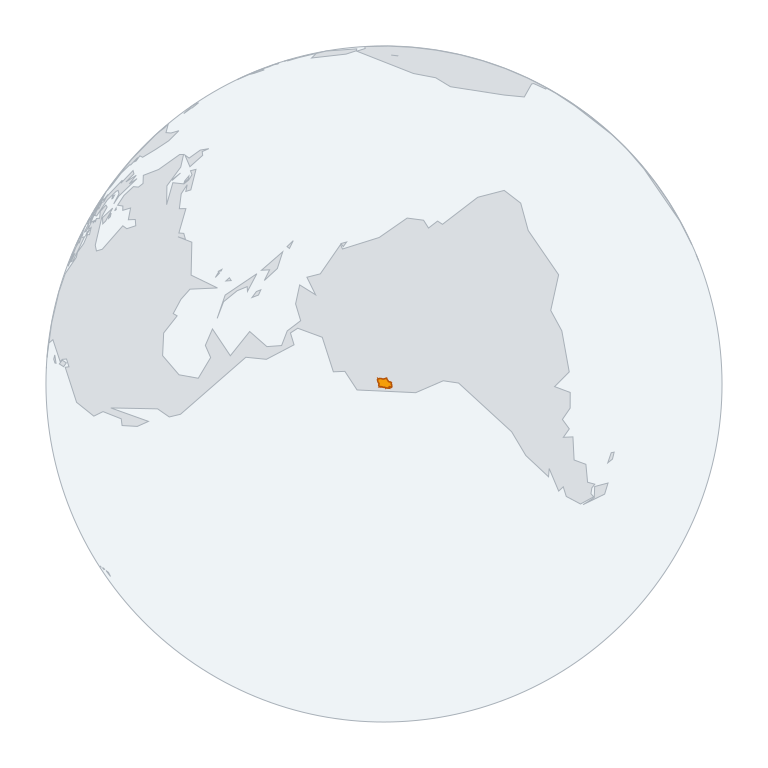 the Earth from above Áncash, rotated 304°
{"feature_id": "PER-577", "entity_name": "Áncash", "entity_type": "Department", "adm_level": 1, "iso_a3": "PER", "parent_name": "Peru", "parent_adm1": "", "projection": "orthographic", "projection_center": [-77.843, -9.38], "detail": "fine", "context": "on_globe", "style": "filled", "palette": "amber", "viewbox_px": 768, "rotation_deg": 304, "n_neighbors": 0, "source": "natural_earth", "source_scale": "10m", "svg_char_len": 8519}
<svg xmlns="http://www.w3.org/2000/svg" viewBox="0 0 768 768"><g transform="rotate(304 384 384)"><circle cx="384" cy="384" r="338" fill="#eef3f6" stroke="#a8b0b8"/><path d="M279.4,62.7L280.1,62.6L297.1,58.0L317.0,58.1L321.9,56.2L332.5,56.5L342.1,54.7L343.1,56.3L349.9,53.7L347.2,52.8L349.3,51.6L354.8,50.8L356.9,52.2L354.5,52.8L358.0,52.9L356.7,54.1L360.4,53.1L362.4,55.6L368.5,52.2L376.8,53.4L375.9,55.5L365.5,56.4L337.6,67.0L333.5,71.2L338.2,75.1L369.1,79.0L368.9,83.9L376.4,89.7L381.3,85.8L377.2,80.2L388.2,75.5L381.9,70.3L385.5,68.0L383.3,63.2L394.9,63.0L407.5,65.9L409.9,70.3L415.5,72.1L422.4,67.8L435.8,77.2L460.0,86.3L462.2,89.5L450.1,94.2L426.9,93.2L411.1,103.5L432.8,96.4L438.0,106.2L443.7,108.0L450.1,107.8L452.6,104.3L456.8,108.1L436.9,115.3L432.8,112.0L439.2,109.4L428.3,109.5L414.9,116.3L418.6,121.7L394.5,129.5L396.9,133.8L392.9,138.5L390.8,130.8L394.1,145.4L366.4,163.2L370.5,192.2L354.1,170.1L340.6,168.3L324.5,169.9L324.8,174.4L303.1,172.8L283.7,184.6L277.0,208.9L284.9,226.8L309.0,225.5L316.1,214.3L333.7,211.0L321.5,240.8L352.4,243.3L349.5,266.0L358.6,277.6L373.9,274.1L389.9,279.5L401.0,265.9L419.0,258.7L419.7,277.4L429.4,260.4L439.7,269.6L475.3,270.0L472.7,274.1L502.8,298.1L534.5,310.4L541.9,325.2L538.2,333.7L549.0,337.3L549.1,343.2L591.2,357.3L611.7,375.4L610.4,396.2L591.9,417.7L572.2,467.7L538.2,481.1L527.5,501.7L497.6,530.8L477.2,526.9L481.1,543.1L468.1,551.8L454.4,551.7L450.4,562.7L440.1,562.5L445.8,570.2L427.3,584.1L430.3,596.3L416.4,607.7L418.8,614.8L414.1,614.4L408.8,616.9L407.7,620.9L394.4,614.0L392.7,598.0L399.0,590.1L392.9,588.7L406.3,568.2L399.1,572.3L404.0,541.6L415.8,516.5L426.5,445.3L419.8,431.3L394.5,415.1L364.0,365.0L372.6,344.5L365.8,335.2L388.2,306.7L382.0,281.3L374.0,277.9L366.2,287.5L338.7,272.7L328.9,254.5L245.1,232.2L236.6,224.4L236.8,210.2L211.4,170.9L221.3,209.6L210.9,203.2L203.1,190.1L208.2,185.6L204.0,166.5L195.1,161.4L196.9,139.4L219.6,110.4L222.1,113.2L227.2,106.8L224.5,103.5L221.5,103.0L235.6,84.7L230.2,83.2L217.6,89.9L219.6,88.7L248.9,74.3L279.4,62.7ZM71.5,264.9L73.9,257.8L73.7,261.0L71.5,264.9ZM74.6,254.4L73.9,256.6L74.3,255.0L74.6,254.4ZM74.4,253.9L74.5,254.3L74.0,254.6L74.4,253.9ZM73.7,254.2L74.2,253.7L74.0,254.1L73.7,254.2ZM368.9,202.6L404.3,216.9L384.5,219.0L388.2,216.1L379.2,210.1L362.5,205.0L345.1,209.0L368.9,202.6ZM73.8,252.3L73.9,251.6L74.6,250.4L73.8,252.3ZM384.1,185.6L378.0,184.6L384.0,184.3L384.1,185.6ZM219.1,103.6L223.8,103.9L223.9,108.8L219.2,108.7L219.1,103.6ZM219.9,96.3L224.0,94.8L217.8,100.5L217.4,99.5L219.9,96.3ZM209.0,94.9L209.6,94.5L208.2,95.4L209.0,94.9ZM377.0,63.8L380.1,63.5L378.9,64.5L377.0,63.8ZM373.2,62.2L369.6,63.6L367.3,63.1L369.5,62.2L373.2,62.2ZM378.1,60.7L363.5,62.1L359.5,61.3L364.6,57.6L378.1,60.7ZM344.0,52.9L347.2,53.8L339.5,53.9L344.0,52.9ZM338.6,53.4L312.2,57.3L310.3,56.2L319.6,54.7L313.1,54.7L325.1,52.1L331.4,51.6L330.3,52.6L335.7,51.0L338.6,53.4ZM349.6,51.1L344.4,51.7L342.4,50.7L352.4,49.4L349.8,50.1L349.6,51.1ZM305.5,56.3L305.7,55.7L315.6,53.3L317.0,52.9L325.3,52.0L305.5,56.3ZM353.1,49.9L357.5,48.9L363.4,48.8L354.5,50.6L353.1,49.9ZM337.7,51.1L337.2,50.7L340.7,50.4L337.7,51.1ZM386.8,49.2L380.6,49.2L379.0,48.6L386.8,49.2ZM358.8,48.5L356.7,48.6L355.4,48.5L359.5,47.9L358.8,48.5ZM331.6,50.6L335.7,50.0L328.7,50.8L335.8,49.6L340.1,49.4L341.2,49.0L343.4,48.7L344.4,49.0L331.6,50.6ZM359.7,47.4L367.5,47.6L379.2,47.3L380.9,47.8L361.8,48.3L359.7,47.4ZM350.6,48.2L356.6,47.7L355.7,48.1L351.1,48.8L350.6,48.2ZM339.1,49.1L327.2,50.9L326.7,51.0L339.1,49.1ZM363.3,47.1L361.3,47.1L364.2,47.0L363.3,47.1ZM346.7,48.2L342.6,48.7L342.1,48.7L346.7,48.2ZM360.9,46.9L363.4,46.9L360.3,47.1L360.9,46.9ZM354.5,47.4L354.9,47.3L357.7,47.3L352.7,47.6L354.5,47.4ZM347.0,48.1L345.3,48.3L348.8,47.9L347.0,48.1ZM372.9,46.3L375.3,46.3L368.5,46.7L365.4,46.6L372.9,46.3ZM416.1,628.5L395.3,616.5L407.3,621.9L416.8,616.0L427.2,625.1L416.1,628.5ZM443.8,613.6L454.1,610.8L456.2,612.9L449.5,615.4L443.8,613.6ZM627.7,149.9L627.8,150.0L646.6,174.0L644.9,174.8L636.3,168.1L613.8,141.7L620.2,143.0L612.3,135.3L597.6,123.1L600.9,125.1L595.7,120.8L596.6,121.3L627.7,149.9ZM661.9,576.2L662.1,576.0L666.0,570.2L661.9,576.2ZM671.6,561.4L684.4,538.4L707.7,479.2L714.4,454.9L718.1,434.7L721.3,387.2L721.1,363.9L720.1,352.8L719.0,353.2L716.8,340.1L715.3,338.6L700.4,339.8L690.8,322.1L667.6,272.8L666.8,255.6L657.9,234.8L644.7,175.3L651.6,180.8L653.0,179.4L666.8,199.0L679.1,219.4L690.0,240.7L699.4,262.7L707.2,285.3L713.4,308.4L717.9,331.9L720.7,355.6L721.9,379.5L721.4,403.4L719.2,427.2L715.3,450.8L709.7,474.0L702.5,496.8L693.8,519.0L683.4,540.6L671.6,561.4ZM660.7,206.0L663.7,211.9L663.8,211.9L660.7,206.0ZM476.4,269.8L480.8,273.6L475.1,273.4L476.4,269.8ZM381.9,226.2L389.3,226.5L393.2,229.2L387.6,230.2L381.9,226.2ZM443.7,226.8L452.1,228.6L443.5,229.8L443.7,226.8ZM409.8,218.8L437.0,226.1L420.1,231.0L402.9,226.9L414.7,225.3L409.8,218.8ZM381.0,195.3L385.6,196.4L384.3,199.5L381.0,195.3ZM388.4,185.5L386.7,185.8L384.3,183.4L388.4,185.5ZM439.2,105.7L440.9,105.2L447.5,105.9L444.7,107.3L439.2,105.7ZM475.2,100.9L481.2,107.2L475.0,103.3L472.2,105.8L455.6,101.6L462.5,90.9L462.3,96.1L475.2,100.9ZM435.4,94.3L445.1,97.3L434.2,94.5L435.4,94.3ZM565.8,99.8L570.6,102.6L576.5,106.9L577.5,109.1L568.9,102.6L565.8,99.8ZM555.1,92.6L558.1,94.4L558.7,94.7L562.6,97.1L566.4,99.6L572.7,103.7L591.5,117.3L590.0,117.1L587.0,114.1L582.5,111.2L575.8,105.9L555.2,92.8L554.0,92.0L555.1,92.6ZM505.1,70.0L496.2,66.8L504.6,68.5L512.0,71.5L513.5,73.0L505.6,70.6L505.1,70.0ZM389.9,55.0L386.0,55.4L385.4,54.8L388.2,53.9L389.9,55.0ZM384.0,49.3L406.7,53.1L403.3,53.6L420.6,56.6L418.4,59.2L407.2,57.0L418.5,61.9L407.5,60.9L416.2,64.4L391.6,59.1L382.2,59.2L393.5,57.9L395.8,55.3L394.0,54.2L381.8,51.7L362.7,51.8L361.9,50.1L366.4,48.9L370.9,48.6L370.0,49.6L376.6,48.6L378.7,49.9L384.0,49.3ZM462.5,55.3L462.8,55.4L469.3,57.1L466.0,56.3L476.9,59.2L469.1,57.2L473.4,58.7L478.7,59.8L470.5,62.7L473.0,67.1L479.3,72.3L465.2,69.5L450.3,63.3L437.0,57.1L436.6,54.0L430.3,53.8L428.2,52.5L434.1,53.2L423.9,51.5L423.7,50.7L411.9,48.2L397.2,47.3L392.5,46.8L398.2,46.8L389.5,46.5L397.1,46.4L393.9,46.2L394.6,46.2L428.8,49.1L462.5,55.3ZM389.0,46.1L385.0,46.2L386.9,46.3L380.2,47.1L368.0,47.2L371.1,46.9L371.2,46.7L374.9,46.7L372.0,46.5L376.1,46.2L375.0,46.2L380.1,46.1L379.5,46.1L389.0,46.1Z" fill="#d9dde1" stroke="#a8b0b8" stroke-width="1"/><path d="M383.7,391.2L383.6,390.9L383.4,390.7L383.2,390.3L383.1,390.2L383.1,389.9L382.8,389.7L382.8,389.4L382.6,389.3L382.6,389.2L382.5,388.9L382.4,388.7L382.1,388.5L382.1,388.4L382.1,388.2L382.1,387.9L381.9,387.6L381.8,387.4L381.7,387.4L381.8,387.3L381.8,387.2L381.7,387.0L381.7,386.9L381.7,386.7L381.8,386.6L381.8,386.4L381.5,386.2L381.3,386.0L381.3,385.9L381.2,385.8L381.2,385.7L380.9,385.4L380.9,385.2L380.8,384.9L380.8,384.7L380.7,384.6L380.8,384.5L380.8,384.4L380.7,384.3L380.6,384.2L380.6,383.9L380.5,383.7L380.4,383.7L380.1,383.6L380.1,383.4L380.2,383.1L380.2,382.9L379.9,382.8L379.8,383.0L379.7,383.0L379.6,382.9L379.5,382.7L379.8,382.8L379.8,382.7L379.8,382.4L379.7,382.3L379.6,382.2L379.4,382.2L379.4,381.9L379.2,381.7L379.3,381.7L379.5,381.5L379.5,381.4L379.5,381.2L379.6,380.7L380.0,380.3L380.8,380.0L381.1,379.8L381.4,379.8L381.5,379.8L381.6,379.7L381.8,379.4L381.7,379.2L381.9,378.8L382.1,378.4L382.2,378.2L382.3,377.9L382.4,377.7L383.3,376.9L383.5,376.7L383.6,376.4L383.7,376.2L383.8,376.2L383.9,376.3L384.0,376.3L384.3,376.3L384.6,376.2L384.9,376.1L385.0,376.0L385.1,375.9L385.1,376.0L385.2,376.3L385.3,376.4L385.3,376.5L385.4,376.8L385.8,377.2L386.0,377.2L386.0,377.3L386.5,377.9L386.9,378.4L387.0,378.6L387.0,378.8L387.0,379.0L387.1,379.3L387.2,379.5L387.2,379.8L387.3,380.0L387.5,380.1L387.7,380.3L387.7,380.5L387.8,380.9L388.1,381.2L388.5,381.3L388.7,381.6L388.9,381.8L389.0,381.9L389.4,382.0L389.5,382.2L389.6,382.3L390.0,382.5L390.3,382.7L390.4,382.8L390.4,383.0L390.2,383.2L389.8,383.6L389.7,383.7L389.1,385.1L389.1,385.4L389.0,385.6L388.6,386.1L388.5,386.3L388.5,386.5L388.8,387.1L388.9,387.4L388.9,387.7L388.9,387.9L389.0,388.0L389.3,388.2L389.4,388.3L389.4,388.5L389.3,388.8L389.3,389.0L389.3,389.4L388.3,389.8L388.0,389.9L388.0,390.0L387.9,390.3L387.9,390.5L387.7,390.7L387.5,391.0L387.3,391.1L386.7,391.4L386.5,391.8L386.3,391.9L386.0,392.1L385.9,392.1L385.6,392.1L385.4,392.0L385.5,391.9L385.4,391.8L385.4,391.6L385.4,391.4L385.4,391.2L385.2,391.0L385.1,390.9L384.9,390.8L384.7,390.8L384.5,390.7L384.8,390.4L385.0,390.2L384.9,389.9L384.5,389.8L384.4,389.8L384.3,390.1L384.2,390.4L384.2,390.5L384.2,390.8L384.1,391.0L383.9,391.1L383.7,391.2L383.7,391.2Z" fill="#f59e0b" stroke="#b45309" stroke-width="1.5"/></g></svg>